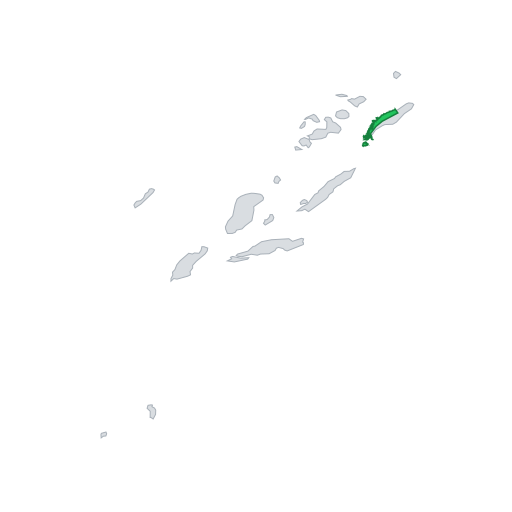 South Choiseul, Choiseul, Solomon Islands (highlighted), rotated 100°
{"feature_id": "97153195B92855886197372", "entity_name": "South Choiseul", "entity_type": "district", "adm_level": 2, "iso_a3": "SLB", "parent_name": "Solomon Islands", "parent_adm1": "Choiseul", "projection": "equal_earth", "projection_center": [157.415, -7.197], "detail": "fine", "context": "in_parent", "style": "filled", "palette": "green", "viewbox_px": 512, "rotation_deg": 100, "n_neighbors": 0, "source": "geoboundaries", "source_scale": "gbopen_adm2", "svg_char_len": 9220}
<svg xmlns="http://www.w3.org/2000/svg" viewBox="0 0 512 512"><g transform="rotate(100 256 256)"><path d="M199.7,258.8L207.8,266.8L211.2,266.0L221.9,266.2L228.1,271.9L231.8,274.5L233.8,279.5L236.4,280.7L237.9,283.3L238.8,288.0L234.9,290.5L232.6,291.2L226.5,289.6L220.6,285.9L208.9,285.5L203.4,284.5L201.6,283.1L199.8,281.2L197.1,276.8L195.0,271.6L194.6,268.6L194.4,262.8L195.1,260.7L197.4,258.6L199.7,258.8ZM236.5,211.4L245.6,226.2L245.2,228.8L244.0,230.5L243.6,235.4L244.8,237.3L247.3,238.2L251.5,243.5L253.3,251.9L255.0,254.8L255.1,261.0L259.1,269.6L259.4,273.7L259.0,275.6L257.3,274.5L252.6,264.8L247.1,260.6L246.5,258.8L241.0,253.1L237.3,243.6L233.3,226.6L235.2,222.6L230.7,214.3L230.9,212.1L234.2,212.5L234.8,211.5L236.5,211.4ZM203.4,218.8L204.6,223.5L199.7,219.3L195.9,214.3L185.2,208.8L183.0,205.9L181.0,205.6L175.6,201.0L170.2,197.9L166.1,192.2L164.1,191.2L160.7,186.8L157.4,183.9L156.3,178.6L153.1,174.9L152.3,173.3L162.5,176.3L167.2,182.1L171.2,185.4L172.6,187.8L176.3,191.1L179.5,191.4L182.8,194.7L185.8,195.6L188.1,197.3L203.2,212.0L201.4,216.0L203.4,218.8ZM271.6,313.9L276.2,316.8L278.9,316.3L282.8,318.3L285.9,317.2L287.7,319.7L292.5,329.8L292.5,333.1L295.6,335.4L292.9,335.8L289.3,334.6L286.4,335.4L283.5,333.5L278.5,332.5L274.1,330.1L265.0,322.7L265.1,319.0L263.7,317.2L263.2,312.6L260.0,311.1L256.2,310.9L255.9,308.7L256.6,304.9L259.4,304.9L262.8,306.5L271.6,313.9ZM116.6,162.7L117.8,164.4L114.9,167.4L111.2,165.8L110.3,163.2L107.6,163.8L102.4,162.4L95.2,155.3L87.5,141.9L80.1,134.5L78.7,132.2L78.5,128.4L79.5,126.9L84.1,128.5L90.0,134.6L99.8,141.0L102.5,144.2L104.2,151.9L105.8,154.3L111.1,160.2L116.6,162.7ZM126.8,207.9L129.1,211.9L131.7,220.9L131.3,224.0L129.3,224.2L128.8,226.2L126.2,221.8L122.8,220.6L120.3,217.9L119.2,209.2L117.2,208.6L111.6,209.5L109.8,212.4L107.3,211.4L106.7,208.9L107.1,206.3L110.5,203.8L111.2,200.6L114.6,195.1L116.7,194.2L120.7,196.2L121.2,204.0L122.6,206.6L126.8,207.9ZM229.6,383.4L227.0,385.1L224.7,384.2L222.9,383.0L221.5,379.2L218.4,376.8L214.0,375.8L211.7,373.4L208.7,372.6L207.8,370.6L208.0,368.5L208.6,367.4L211.4,368.4L224.9,378.4L229.6,383.4ZM87.2,192.0L86.5,192.7L85.3,190.1L84.4,189.2L84.4,186.2L80.7,181.4L80.4,178.0L82.5,174.8L85.4,176.7L88.3,180.8L91.7,182.1L91.0,184.9L88.0,189.8L87.2,192.0ZM105.7,199.9L104.2,202.0L100.2,201.7L97.2,196.6L97.2,192.8L99.6,189.3L102.5,188.7L104.1,190.0L105.5,192.9L106.1,196.6L105.7,199.9ZM139.4,229.7L135.8,233.6L133.2,232.3L131.0,229.0L132.1,223.9L134.2,222.8L135.4,221.0L139.3,222.4L140.3,223.4L138.0,225.9L139.3,227.9L139.4,229.7ZM433.4,332.2L427.3,333.2L424.9,336.8L421.8,336.4L420.8,333.5L420.8,332.1L422.5,332.3L423.4,329.5L425.2,328.0L429.4,327.4L434.4,329.0L433.2,331.5L433.4,332.2ZM265.6,276.3L265.8,283.4L263.0,279.5L261.7,280.9L260.5,279.0L260.8,270.7L258.9,262.8L260.5,263.6L265.6,276.3ZM113.0,231.2L113.0,231.9L111.0,230.5L106.5,223.8L107.3,221.6L111.4,217.3L112.7,216.7L113.8,219.4L112.8,223.3L111.5,224.3L110.9,228.1L113.0,231.2ZM215.1,245.1L218.2,245.7L223.9,252.3L222.5,254.3L219.9,253.3L219.0,253.7L218.2,251.4L215.3,249.5L212.8,249.3L212.4,247.0L215.1,245.1ZM179.1,251.5L174.8,250.8L173.5,249.1L175.0,246.6L176.9,245.0L178.6,246.4L180.6,246.8L180.8,250.0L179.1,251.5ZM56.0,151.1L52.3,152.3L50.0,150.7L51.0,146.9L52.3,145.0L56.9,148.5L56.0,151.1ZM197.5,221.0L195.7,221.7L193.1,219.9L192.0,218.2L192.6,215.6L194.1,214.6L195.8,216.4L196.0,218.2L197.5,221.0ZM462.0,376.9L458.8,377.7L457.5,377.5L455.4,373.2L457.0,372.2L459.3,372.6L460.0,375.1L462.0,376.9ZM122.4,233.4L122.3,235.2L120.2,234.6L115.5,232.0L115.4,230.8L118.1,230.4L120.0,230.7L122.4,233.4ZM84.5,200.6L83.7,205.6L81.8,199.5L82.2,194.4L82.9,193.8L84.5,200.6ZM144.8,235.3L142.0,236.7L141.2,234.8L143.2,229.4L144.8,235.3Z" fill="#d9dde1" stroke="#a8b0b8" stroke-width="1"/><path d="M90.5,141.2L87.2,144.5L87.6,144.5L88.9,146.4L88.9,146.8L89.3,147.0L89.8,147.6L90.2,149.2L90.6,149.2L90.6,149.7L90.9,149.6L91.4,150.1L91.9,151.7L93.2,152.9L93.9,154.1L93.7,154.7L94.9,155.2L95.2,156.2L95.4,156.2L96.0,156.7L95.9,157.0L97.5,157.5L97.6,158.0L98.8,158.4L99.1,159.2L98.5,160.0L99.1,160.3L99.1,159.4L99.3,160.3L99.0,160.7L99.0,161.2L99.4,161.0L99.5,161.1L99.4,161.1L99.4,161.3L99.6,161.2L99.4,160.9L99.9,160.8L99.8,160.0L100.3,159.7L101.8,160.8L102.2,161.5L102.1,162.4L102.4,162.2L102.1,162.9L102.5,163.7L102.8,163.8L104.2,162.9L104.4,163.2L105.2,163.0L105.4,163.4L105.8,163.4L105.6,163.1L105.8,163.0L106.0,163.5L106.5,163.6L106.4,163.4L106.6,163.3L107.2,164.3L107.7,163.9L108.1,163.9L108.2,164.2L108.2,163.7L108.4,163.5L108.7,164.0L108.5,164.3L108.3,164.1L108.3,164.5L108.5,164.4L108.5,164.7L108.6,164.4L109.0,165.2L109.1,164.5L108.7,164.3L109.1,164.1L108.8,163.8L109.3,163.5L109.8,164.3L109.9,163.5L110.7,163.1L110.2,164.6L110.6,164.7L110.2,164.9L110.5,165.3L110.2,165.5L110.4,165.8L111.1,165.9L111.0,166.1L111.3,166.7L111.1,166.2L111.5,166.5L112.0,166.2L111.8,166.4L112.4,166.1L112.7,166.4L112.9,166.0L113.6,166.3L113.6,166.9L113.3,167.1L113.4,167.3L113.8,166.9L113.9,167.3L113.9,166.8L113.7,166.7L114.0,166.6L114.0,166.3L114.2,166.9L114.1,167.4L114.6,167.3L114.3,166.7L114.6,166.5L114.6,167.1L114.8,167.0L114.7,166.7L114.9,166.5L115.0,167.0L114.6,167.5L115.0,167.6L115.1,167.4L115.0,167.2L115.2,167.3L115.2,166.8L115.4,167.0L115.3,166.8L115.6,166.6L115.8,167.0L116.1,166.7L116.8,166.5L116.8,166.1L116.5,165.9L117.1,165.6L117.8,164.7L119.1,165.7L119.4,165.2L118.9,165.0L119.0,164.9L118.8,164.7L119.4,164.8L119.1,164.1L119.4,163.8L119.2,162.9L118.9,162.5L115.7,164.5L107.5,160.3L101.3,155.0L90.5,141.2ZM128.7,168.9L128.5,167.4L127.9,166.3L127.8,166.5L127.6,165.8L127.1,165.7L126.7,166.5L126.7,165.7L126.1,166.7L125.9,166.1L125.6,166.8L125.1,166.9L124.9,167.3L125.1,167.3L124.9,167.3L125.2,167.3L125.0,167.7L125.2,167.8L125.5,167.4L125.6,167.8L125.3,167.7L125.1,167.9L125.0,168.2L125.6,169.3L126.4,170.0L128.7,170.0L128.6,169.1L128.7,168.9ZM122.5,167.4L122.4,166.9L122.2,166.7L122.2,167.0L122.0,166.2L121.6,165.9L121.4,166.2L121.4,165.9L120.7,165.7L119.7,166.4L117.8,164.8L117.5,165.3L117.3,165.4L117.2,166.0L117.5,165.8L117.4,166.0L116.9,166.5L117.3,166.8L117.3,167.1L117.8,166.7L118.7,167.0L118.9,167.3L118.8,167.5L119.2,167.3L119.9,167.6L120.6,167.2L120.8,167.5L120.0,167.8L119.9,168.1L119.6,167.9L119.2,168.1L119.5,168.2L119.3,168.3L119.5,168.8L119.6,168.5L119.5,168.3L119.9,168.7L120.3,168.6L120.4,168.8L120.5,168.0L120.6,168.9L120.9,168.8L120.9,168.4L121.2,168.4L121.0,168.8L121.4,168.7L121.6,168.2L121.3,168.2L121.3,167.8L121.0,167.7L121.4,167.5L121.6,168.1L121.8,167.7L122.4,167.8L122.5,167.4ZM122.4,168.7L122.4,167.9L121.7,167.9L121.8,168.8L121.9,168.5L122.1,168.9L122.4,168.7ZM116.4,166.8L115.9,167.3L115.5,167.3L115.3,167.7L116.0,167.7L116.4,166.8ZM103.2,164.3L102.9,164.0L102.7,164.2L102.7,163.8L102.4,164.1L102.2,164.0L102.1,163.8L102.2,164.2L102.8,164.6L103.1,164.6L103.2,164.3ZM120.2,165.1L120.1,164.7L119.8,164.7L119.9,164.9L119.4,165.5L120.2,165.1ZM121.1,161.5L121.0,161.2L120.6,161.6L120.5,162.2L120.8,162.2L120.9,161.6L121.1,161.5ZM106.6,164.5L106.4,163.9L106.1,164.4L106.1,165.0L106.4,165.1L106.3,164.7L106.6,164.5ZM105.4,164.0L105.1,164.1L105.1,164.6L105.4,164.7L105.4,164.0ZM113.0,167.1L112.8,166.7L112.4,166.5L112.4,167.0L113.0,167.1ZM109.8,165.6L109.5,165.4L109.3,165.9L109.8,166.0L109.5,165.6L109.8,165.6ZM109.9,164.5L109.5,164.5L109.6,165.0L109.8,164.8L109.9,164.5ZM120.3,170.4L119.7,170.0L119.4,169.5L119.6,170.0L120.0,170.4L120.3,170.4ZM116.7,167.7L116.9,167.5L116.9,167.3L116.7,167.3L116.7,167.7ZM107.7,165.0L107.9,164.6L107.7,164.2L107.7,165.0ZM118.7,167.9L118.6,167.6L118.3,167.7L118.5,168.0L118.7,167.9ZM119.7,170.9L119.7,170.6L119.7,170.8L119.4,170.8L119.5,170.7L119.4,170.6L119.4,170.3L119.3,170.2L119.5,170.9L119.7,170.9ZM104.6,163.5L104.4,163.6L104.5,164.1L104.6,163.7L104.6,163.5ZM118.9,167.4L118.6,167.3L118.5,167.6L118.8,167.7L118.9,167.4ZM107.4,164.5L107.2,164.5L107.4,164.8L107.4,164.5ZM120.4,162.7L120.2,162.6L120.1,162.4L120.2,162.8L120.4,162.7ZM117.7,167.5L117.6,167.3L117.4,167.5L117.7,167.5ZM120.1,163.7L119.9,163.6L120.1,163.7ZM105.3,163.8L105.4,163.5L105.3,163.8ZM110.6,166.6L110.6,166.2L110.5,166.3L110.6,166.6ZM117.2,167.3L117.0,167.1L116.9,167.2L116.9,167.4L117.2,167.3ZM128.9,169.4L128.9,168.9L128.9,169.4ZM119.6,163.7L119.5,163.9L119.6,163.7ZM121.3,165.6L121.2,165.5L121.3,165.6ZM129.1,169.7L128.9,169.7L128.8,169.9L129.0,169.9L129.1,169.7ZM119.5,165.8L119.4,165.6L119.3,165.8L119.5,165.8ZM113.3,166.7L113.1,166.4L113.0,166.5L113.3,166.7ZM112.1,166.9L112.1,166.7L111.9,166.9L112.1,166.9ZM107.7,165.4L107.7,165.2L107.6,165.4L107.7,165.4ZM95.5,156.5L95.4,156.3L95.5,156.5ZM118.6,169.3L118.3,169.0L118.2,169.0L118.3,169.2L118.6,169.3ZM128.9,169.6L129.1,169.4L128.9,169.5L128.9,169.6ZM118.3,167.1L118.3,166.9L118.2,166.9L118.3,167.1ZM119.3,169.2L119.1,169.2L119.1,169.3L119.3,169.2ZM118.9,168.0L118.7,168.0L118.9,168.0ZM102.6,163.8L102.4,163.8L102.4,164.1L102.5,163.9L102.6,163.8ZM122.5,169.7L122.4,169.4L122.3,169.6L122.5,169.7ZM120.1,169.0L120.1,168.9L120.0,169.0L120.1,169.0ZM118.8,169.1L118.7,169.0L118.8,169.1ZM121.5,169.6L121.6,169.4L121.5,169.6ZM109.9,164.2L110.0,164.1L109.9,164.1L109.9,164.2ZM117.8,167.3L117.8,167.2L117.7,167.2L117.8,167.3ZM104.8,163.5L104.8,163.3L104.7,163.3L104.8,163.5ZM104.7,163.7L104.8,163.7L104.7,163.6L104.7,163.7Z" fill="#22c55e" stroke="#15803d" stroke-width="1.5"/></g></svg>